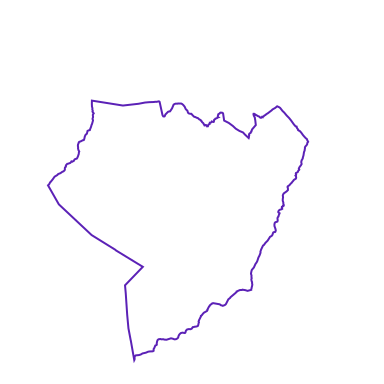 outline of Mudzi, Mashonaland East, Zimbabwe, rotated 154°
{"feature_id": "62879985B77595643638308", "entity_name": "Mudzi", "entity_type": "district", "adm_level": 2, "iso_a3": "ZWE", "parent_name": "Zimbabwe", "parent_adm1": "Mashonaland East", "projection": "robinson", "projection_center": [32.554, -17.05], "detail": "fine", "context": "isolated", "style": "outline", "palette": "violet", "viewbox_px": 384, "rotation_deg": 154, "n_neighbors": 0, "source": "geoboundaries", "source_scale": "gbopen_adm2", "svg_char_len": 5933}
<svg xmlns="http://www.w3.org/2000/svg" viewBox="0 0 384 384"><g transform="rotate(154 192 192)"><path d="M318.5,261.1L317.1,239.3L301.1,197.3L286.2,173.6L286.0,172.9L269.0,146.3L293.1,137.5L296.0,129.9L304.1,110.0L308.9,97.3L312.1,85.6L312.1,85.4L317.6,66.2L317.2,66.5L316.7,67.2L316.3,68.3L315.7,69.1L315.2,69.5L314.1,69.8L311.2,68.7L309.3,68.4L307.3,68.6L303.9,67.8L301.5,67.7L300.1,67.3L297.1,66.0L296.1,66.1L295.3,67.7L294.3,68.3L292.3,70.1L291.1,70.0L290.7,70.1L290.4,70.5L290.2,71.2L288.8,73.1L287.8,74.0L286.7,74.3L285.0,73.8L283.9,72.9L282.4,72.3L281.6,71.5L279.7,70.4L275.0,69.7L273.4,68.4L272.9,67.8L272.1,67.1L270.7,66.7L269.4,66.8L268.7,67.0L268.2,67.3L267.4,68.3L266.3,69.2L265.3,69.7L264.0,70.1L262.3,69.8L260.3,68.4L259.9,68.4L259.5,68.6L258.4,69.9L257.8,70.2L256.6,70.6L255.0,70.2L253.4,69.3L252.1,69.3L251.0,70.0L250.4,70.2L249.9,69.9L248.4,69.7L247.8,69.4L246.7,69.1L245.6,69.0L244.7,69.7L243.5,71.3L242.9,71.8L242.8,72.8L242.1,73.4L242.0,73.6L238.1,76.6L238.1,76.8L237.3,76.9L235.3,77.9L234.2,78.3L230.7,78.5L229.7,79.2L229.8,79.5L226.9,81.6L226.5,81.6L225.7,82.3L222.8,83.0L222.5,82.8L221.8,82.9L216.3,78.9L215.7,77.6L214.8,76.9L214.5,76.4L214.2,76.2L212.2,76.0L211.8,76.1L211.1,76.2L210.5,76.5L206.4,79.6L204.2,80.1L203.4,80.6L197.0,82.2L196.3,82.5L195.9,82.5L195.2,82.9L195.2,83.0L192.0,82.9L189.9,82.0L189.5,82.1L187.1,80.4L185.4,78.8L181.7,78.1L181.6,78.4L180.7,79.3L180.4,79.8L179.2,81.2L178.4,82.3L178.0,83.7L177.5,84.7L177.5,85.6L177.1,87.2L176.8,87.7L176.1,88.4L175.9,89.4L175.1,90.9L174.9,92.3L174.7,92.9L173.1,95.0L172.3,95.8L169.5,97.0L166.5,99.5L164.8,100.4L163.5,101.4L161.0,104.0L159.2,105.3L157.0,107.4L156.8,108.2L155.2,109.9L151.7,112.7L150.5,112.9L148.3,114.1L145.4,115.1L143.4,116.3L141.5,117.5L139.7,117.6L138.5,118.2L137.2,119.6L136.7,120.0L135.8,120.0L134.9,119.6L134.4,119.8L133.5,120.8L133.3,121.8L133.2,122.0L132.8,125.3L132.1,126.8L131.2,127.9L130.3,128.3L128.6,128.0L128.2,128.0L127.9,128.3L127.3,129.1L126.9,130.5L126.5,131.2L125.8,131.8L125.1,132.0L124.4,132.9L122.7,134.4L122.6,134.5L122.9,134.9L123.3,135.8L123.3,136.1L122.9,136.7L122.0,137.3L121.1,137.5L120.3,137.5L119.1,137.2L118.3,137.3L118.0,138.9L117.7,139.3L116.8,139.2L116.4,139.7L115.8,139.4L115.4,139.7L115.2,140.1L115.1,141.3L114.5,142.6L114.3,144.3L113.5,145.9L112.5,147.3L111.9,149.1L111.2,149.8L110.2,150.5L106.6,151.1L104.9,151.7L104.3,153.0L104.0,153.9L104.0,154.6L103.5,155.1L101.5,155.4L99.7,156.2L98.1,156.7L97.5,157.1L96.0,157.7L95.4,158.1L94.6,158.3L93.0,158.4L92.4,158.8L92.1,159.2L91.6,160.7L91.8,161.3L91.2,161.5L90.8,161.9L90.8,162.8L90.6,163.1L90.2,163.5L88.4,163.5L87.9,163.8L87.1,164.6L86.0,164.9L85.7,165.2L85.8,166.1L85.6,166.4L84.2,167.4L82.5,168.2L81.2,169.1L80.7,171.0L79.5,172.5L78.7,172.9L77.6,173.8L77.5,174.1L75.7,176.1L73.9,178.7L72.5,180.0L72.0,180.9L71.5,181.4L71.2,182.2L70.5,183.0L70.0,183.3L68.8,183.7L67.6,184.4L66.9,185.5L65.6,186.2L65.7,188.1L65.5,189.1L66.2,190.6L66.8,192.6L67.3,194.5L67.8,197.5L68.4,199.6L68.9,200.1L69.5,201.1L69.2,201.6L69.6,203.2L69.3,205.0L70.1,205.5L70.8,208.1L71.6,212.9L72.3,216.0L73.4,219.3L74.3,223.0L75.1,225.1L75.9,228.9L76.5,230.0L77.9,231.7L80.3,231.1L83.5,230.9L84.5,230.5L89.5,229.5L91.0,229.4L92.3,229.0L93.4,229.0L94.7,228.5L95.0,228.5L95.6,228.8L95.8,228.4L96.2,228.8L96.8,228.4L97.3,228.4L97.6,228.5L97.8,228.9L98.3,229.3L98.4,230.1L98.8,230.6L99.7,231.6L100.3,232.7L100.9,233.2L100.9,233.5L101.1,233.7L101.3,234.3L101.6,234.6L101.9,235.1L102.4,235.3L102.7,234.9L103.0,233.4L102.9,232.2L103.0,230.9L103.4,230.1L103.5,229.3L105.3,224.2L110.6,221.9L112.0,220.4L112.2,220.5L113.4,219.4L114.5,219.4L115.3,219.0L115.5,218.8L115.7,217.9L116.4,217.2L117.0,216.0L117.4,215.6L119.3,220.6L120.0,223.1L122.6,226.1L124.9,229.7L126.3,233.4L128.7,238.0L131.8,242.1L129.6,249.1L130.2,250.1L130.7,250.3L131.0,250.6L131.7,250.9L132.2,250.8L132.6,250.5L134.1,250.4L134.4,250.3L134.5,249.9L135.0,249.5L135.8,248.6L135.9,248.1L135.6,247.6L136.3,247.7L136.8,247.5L137.8,247.5L138.8,247.7L139.2,247.4L140.4,247.2L141.4,245.8L141.7,245.5L142.2,245.6L143.3,246.7L143.7,246.3L144.1,246.2L144.8,246.2L145.6,246.5L146.3,245.4L146.7,245.5L147.5,245.4L148.9,244.1L149.7,244.4L149.6,245.4L149.8,245.8L150.7,246.4L151.0,246.1L151.3,246.1L151.6,246.4L151.5,246.6L151.1,246.8L151.7,247.7L151.7,249.0L152.3,250.3L152.3,251.5L152.8,252.3L152.7,253.0L153.6,254.0L154.4,256.0L155.2,256.6L156.2,258.0L156.7,258.3L157.1,258.7L157.5,259.9L157.9,260.7L157.9,261.4L158.4,262.6L158.6,262.6L160.1,263.7L160.4,264.0L160.7,264.6L160.8,265.2L160.5,267.2L161.1,268.6L161.3,269.5L161.2,271.9L161.7,274.0L162.3,275.4L162.9,276.2L165.8,277.7L166.2,277.7L168.0,278.6L169.1,278.7L170.2,278.6L173.3,275.9L176.2,274.2L176.6,274.1L177.1,274.4L178.4,274.6L182.0,273.3L183.0,272.3L183.6,272.0L183.8,272.0L184.4,272.3L184.7,272.6L184.8,274.1L181.6,287.2L182.0,288.0L184.4,288.6L185.7,289.3L186.6,289.5L191.1,291.5L195.0,293.0L201.3,294.7L216.2,300.0L241.9,318.0L243.5,314.9L243.8,314.1L244.4,312.8L244.8,310.9L245.4,309.9L245.6,308.4L246.2,307.9L246.2,307.3L245.9,306.4L245.9,305.7L246.5,305.5L247.4,304.7L247.9,303.1L248.3,302.4L249.0,301.8L249.4,301.2L249.5,300.0L249.7,299.6L252.1,296.9L252.8,296.4L254.2,294.8L256.3,292.9L256.5,292.5L256.8,292.4L257.8,292.7L259.1,292.7L260.9,290.5L262.5,290.1L262.9,289.8L264.0,288.9L265.4,287.1L266.3,286.2L266.7,286.1L267.2,286.4L269.9,286.3L271.4,286.5L272.1,286.2L272.5,285.6L273.6,284.7L274.4,283.4L274.7,282.2L275.3,281.2L275.7,279.3L275.6,277.8L276.3,277.2L277.1,275.8L277.7,275.3L278.5,274.4L280.1,273.0L281.0,272.5L281.9,272.7L282.5,272.8L283.3,272.7L284.8,271.7L285.6,271.8L286.3,271.7L286.7,272.3L286.9,272.4L287.6,271.9L288.7,271.5L291.3,271.8L291.8,272.0L293.7,271.2L293.9,270.6L294.3,270.0L295.0,269.9L295.5,269.6L296.2,268.5L296.4,267.9L297.1,267.3L298.5,266.9L299.7,267.0L302.0,266.6L304.4,266.8L305.6,266.3L308.8,266.0L311.7,264.4L314.7,263.0L315.3,262.9L316.5,261.9L317.7,261.3L318.5,261.1Z" fill="none" stroke="#5b21b6" stroke-width="2"/></g></svg>